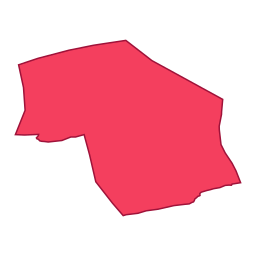 outline of Korle Klottey Municipal, Greater Accra, Ghana
{"feature_id": "2480657B35357833911053", "entity_name": "Korle Klottey Municipal", "entity_type": "district", "adm_level": 2, "iso_a3": "GHA", "parent_name": "Ghana", "parent_adm1": "Greater Accra", "projection": "albers", "projection_center": [-0.193, 5.56], "detail": "fine", "context": "isolated", "style": "filled", "palette": "rose", "viewbox_px": 256, "rotation_deg": 0, "n_neighbors": 0, "source": "geoboundaries", "source_scale": "gbopen_adm2", "svg_char_len": 878}
<svg xmlns="http://www.w3.org/2000/svg" viewBox="0 0 256 256"><path d="M151.9,60.6L125.8,40.4L104.4,43.6L93.3,45.3L69.0,50.2L38.1,58.3L18.6,64.8L23.5,87.5L25.1,110.3L15.4,134.6L24.5,135.0L38.6,134.4L38.4,135.6L37.5,136.7L36.4,137.9L36.9,138.8L38.4,139.3L39.7,140.8L41.5,141.3L44.4,141.5L48.2,142.0L61.9,140.5L70.8,137.0L75.5,137.0L84.1,134.6L89.6,154.9L95.8,181.8L112.6,203.3L123.2,215.6L126.2,214.7L137.9,213.3L146.2,210.8L158.1,209.2L173.9,205.6L184.8,204.3L189.2,203.9L192.2,202.3L193.5,201.9L194.3,200.6L194.8,199.0L196.6,197.6L197.9,196.3L199.0,196.0L200.0,195.5L199.8,193.5L201.2,192.2L206.8,190.5L210.6,189.6L213.6,188.7L219.9,187.6L225.2,185.4L228.8,185.1L231.5,185.2L232.0,184.1L240.6,182.7L236.0,170.9L232.1,163.3L225.1,152.8L221.0,144.6L219.3,129.8L219.2,126.2L221.5,114.4L221.6,111.6L222.7,99.4L151.9,60.6Z" fill="#f43f5e" stroke="#9f1239" stroke-width="1.5"/></svg>